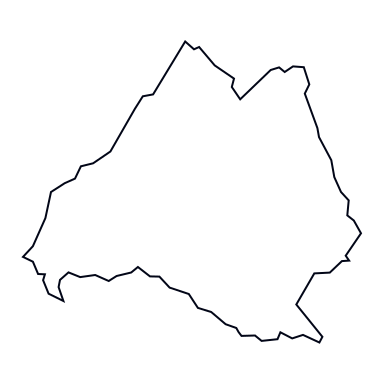 Newberry, South Carolina, United States of America
{"feature_id": "52423323B77423065564035", "entity_name": "Newberry", "entity_type": "district", "adm_level": 2, "iso_a3": "USA", "parent_name": "United States of America", "parent_adm1": "South Carolina", "projection": "mercator", "projection_center": [-81.608, 34.303], "detail": "fine", "context": "isolated", "style": "outline", "palette": "ink", "viewbox_px": 384, "rotation_deg": 0, "n_neighbors": 0, "source": "geoboundaries", "source_scale": "gbopen_adm2", "svg_char_len": 992}
<svg xmlns="http://www.w3.org/2000/svg" viewBox="0 0 384 384"><path d="M277.5,339.2L280.4,332.3L292.2,338.4L303.0,334.9L319.4,342.5L322.4,336.8L296.3,304.5L314.3,273.4L329.8,272.6L341.9,261.1L349.1,260.6L345.7,255.7L361.0,233.3L353.8,220.5L347.3,215.4L348.7,200.4L341.0,192.0L334.3,177.1L331.3,160.2L319.0,137.1L317.4,128.1L304.8,93.6L309.3,84.4L303.8,67.2L293.0,66.4L284.7,72.0L279.1,67.4L270.7,70.0L240.2,99.3L231.8,87.0L234.0,78.6L214.7,65.4L199.1,47.0L194.0,49.3L185.2,41.5L153.1,94.4L142.8,96.3L134.9,108.8L110.4,151.5L93.1,163.3L80.9,166.3L75.0,178.6L64.7,183.2L51.0,192.0L45.4,218.1L32.9,246.2L23.0,256.9L32.9,261.7L38.1,274.0L44.9,274.3L43.1,280.2L48.6,293.7L63.4,301.0L58.6,287.1L60.0,279.9L68.5,272.4L80.2,277.1L95.2,275.0L108.7,281.0L116.6,276.0L131.2,272.5L137.9,267.0L150.0,276.4L159.4,276.6L169.6,287.6L188.8,294.0L197.9,307.9L211.2,312.0L225.6,324.2L236.3,328.0L238.6,332.1L241.5,335.9L255.0,335.5L261.6,340.9L277.5,339.2Z" fill="none" stroke="#020617" stroke-width="2"/></svg>